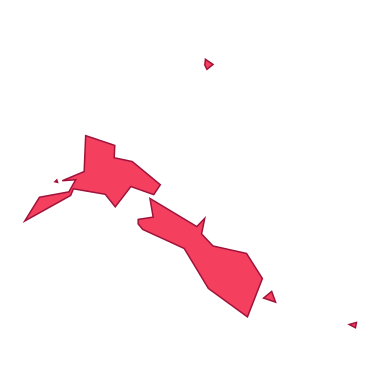 SVG path tracing the border of New Zealand, rotated 271°
{"feature_id": "NZL", "entity_name": "New Zealand", "entity_type": "country or territory", "adm_level": 0, "iso_a3": "NZL", "parent_name": "Oceania", "parent_adm1": "", "projection": "mercator", "projection_center": [173.207, -30.558], "detail": "coarse", "context": "isolated", "style": "filled", "palette": "rose", "viewbox_px": 384, "rotation_deg": 271, "n_neighbors": 0, "source": "natural_earth", "source_scale": "50m", "svg_char_len": 752}
<svg xmlns="http://www.w3.org/2000/svg" viewBox="0 0 384 384"><g transform="rotate(271 192 192)"><path d="M166.2,153.6L184.8,150.1L157.5,197.4L165.9,205.2L150.2,202.3L138.4,213.9L131.5,247.6L106.7,263.9L68.1,249.6L95.8,210.1L135.4,185.2L153.7,143.4L159.2,138.7L163.7,138.7L166.2,153.6ZM160.1,25.3L184.1,39.6L190.0,68.9L202.2,75.5L201.0,62.1L210.6,83.8L246.5,84.7L237.2,114.0L224.9,113.6L221.4,131.7L198.7,160.2L188.7,153.8L196.4,130.8L175.8,115.5L188.2,105.3L193.1,73.4L186.4,70.7L160.1,25.3ZM87.2,265.4L94.0,273.4L83.3,277.5L87.2,265.4ZM324.9,203.1L319.9,210.8L314.9,204.8L319.1,202.6L324.9,203.1ZM62.3,351.5L64.4,358.7L59.1,357.8L62.3,351.5ZM201.7,56.6L199.3,57.4L199.9,54.8L201.7,56.6Z" fill="#f43f5e" stroke="#9f1239" stroke-width="1.5"/></g></svg>